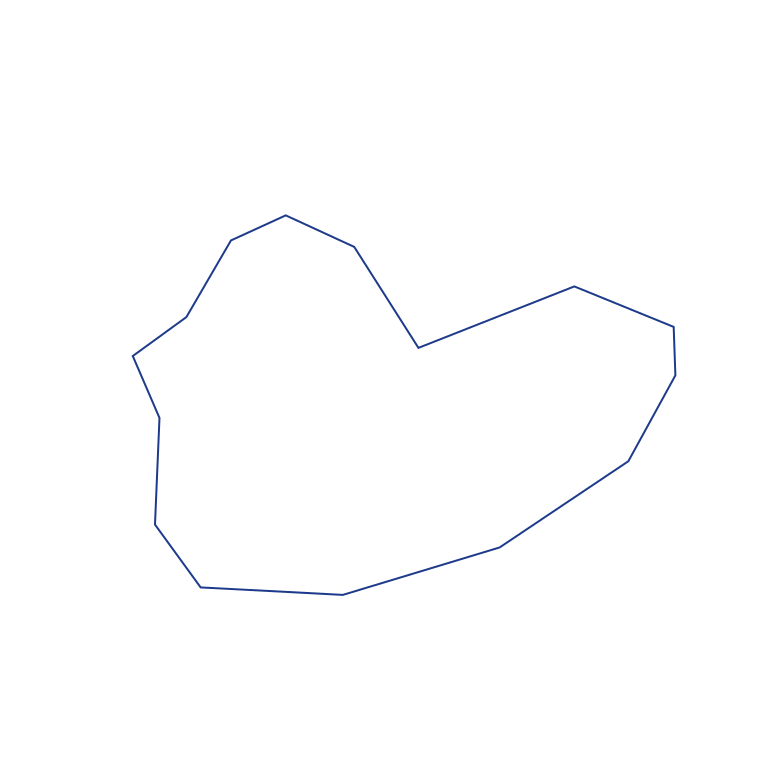 the state/province of Marsa, rotated 54°
{"feature_id": "MLT-5957", "entity_name": "Marsa", "entity_type": "state/province", "adm_level": 1, "iso_a3": "MLT", "parent_name": "Malta", "parent_adm1": "", "projection": "albers", "projection_center": [14.49, 35.874], "detail": "fine", "context": "isolated", "style": "outline", "palette": "blue", "viewbox_px": 768, "rotation_deg": 54, "n_neighbors": 0, "source": "natural_earth", "source_scale": "10m", "svg_char_len": 357}
<svg xmlns="http://www.w3.org/2000/svg" viewBox="0 0 768 768"><g transform="rotate(54 384 384)"><path d="M177.9,423.4L189.8,364.4L255.6,327.5L375.0,334.9L416.9,172.7L508.1,116.1L548.3,143.2L590.1,231.7L584.2,386.5L530.4,541.3L440.8,651.9L363.1,651.9L279.5,585.6L213.7,570.8L213.7,504.5L177.9,423.4Z" fill="none" stroke="#1e3a8a" stroke-width="2"/></g></svg>